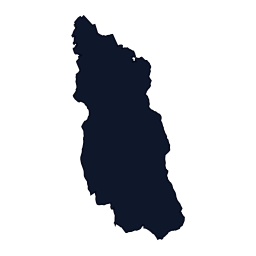 Eremitu, Mures, Romania (Equal Earth projection), rotated 94°
{"feature_id": "2599482B4577916371585", "entity_name": "Eremitu", "entity_type": "district", "adm_level": 2, "iso_a3": "ROU", "parent_name": "Romania", "parent_adm1": "Mures", "projection": "equal_earth", "projection_center": [24.922, 46.656], "detail": "fine", "context": "isolated", "style": "filled", "palette": "ink", "viewbox_px": 256, "rotation_deg": 94, "n_neighbors": 0, "source": "geoboundaries", "source_scale": "gbopen_adm2", "svg_char_len": 5774}
<svg xmlns="http://www.w3.org/2000/svg" viewBox="0 0 256 256"><g transform="rotate(94 128 128)"><path d="M89.0,181.8L91.0,181.5L92.1,181.7L93.3,182.2L93.7,181.8L94.6,182.0L96.2,182.7L99.4,184.6L99.8,184.5L99.9,184.1L100.4,184.2L100.8,184.1L101.6,183.1L101.9,183.1L102.4,182.8L102.5,182.6L103.0,182.0L104.5,180.0L105.0,179.4L105.1,178.4L104.5,178.0L104.5,176.9L104.4,176.1L105.0,175.5L105.0,174.5L105.6,173.9L105.7,173.3L106.0,172.9L107.7,171.8L109.0,170.1L111.1,169.4L111.6,168.6L113.2,167.7L115.8,167.3L116.5,167.4L117.2,167.3L117.9,167.1L119.4,168.0L122.5,168.7L124.1,170.3L124.5,171.4L126.5,172.6L129.8,174.0L130.5,173.7L133.8,171.6L136.8,171.3L139.3,170.8L140.6,171.3L142.8,171.3L143.6,171.0L145.9,170.9L150.8,171.4L152.3,171.9L154.1,171.7L155.8,171.8L160.4,172.8L162.5,172.7L166.4,171.7L172.8,168.9L174.7,168.4L178.7,168.0L179.5,167.7L181.3,166.6L184.0,164.5L186.8,164.1L189.0,163.2L190.6,163.3L191.7,163.1L194.1,161.1L194.6,160.8L196.9,160.3L193.8,156.4L193.8,155.9L194.7,156.0L197.6,155.1L198.2,154.8L201.1,154.9L203.2,154.4L205.0,153.8L206.0,153.2L206.3,152.3L206.2,150.7L205.8,148.7L206.0,146.9L205.9,146.1L204.8,144.3L204.7,143.6L204.3,142.1L204.0,141.3L203.9,140.2L203.9,139.9L206.4,139.2L206.9,139.2L207.7,139.5L209.0,139.1L209.4,138.8L209.7,138.6L209.8,138.4L209.7,138.2L209.7,137.8L208.9,136.8L213.3,135.6L216.3,134.3L217.9,134.4L221.7,134.2L222.4,134.3L223.6,134.8L223.7,134.6L224.5,134.1L225.2,133.9L224.1,133.5L224.2,133.4L224.1,132.7L224.8,131.6L225.8,129.6L226.7,128.5L226.9,127.8L226.9,127.4L227.0,127.1L227.2,126.8L227.7,126.6L232.1,122.8L232.2,122.5L232.0,121.6L231.7,121.3L231.3,120.7L231.1,120.1L230.7,117.4L228.8,113.7L229.2,112.8L229.0,111.9L227.8,109.5L227.2,109.0L227.1,108.7L225.8,108.1L223.5,106.4L224.1,105.2L226.4,104.9L226.3,104.0L226.9,102.0L227.8,100.4L228.5,98.8L228.9,98.7L229.2,98.0L231.1,95.8L231.3,95.4L231.7,94.1L233.2,93.0L234.7,91.7L236.6,90.6L236.3,90.3L236.4,90.1L236.4,89.7L236.2,89.5L235.4,89.4L235.2,89.3L235.2,88.9L235.8,88.5L235.8,88.3L235.6,87.8L236.3,87.0L236.2,86.6L236.0,86.3L235.6,86.0L235.1,85.7L234.2,85.5L233.8,85.2L233.2,84.1L233.0,83.9L232.4,83.5L231.4,82.5L230.9,82.2L230.4,81.5L230.1,81.4L229.3,81.3L228.6,80.3L228.1,79.7L226.9,77.7L226.8,77.1L226.7,76.9L226.7,75.7L226.3,75.2L226.2,74.5L226.3,73.5L224.5,69.9L222.6,69.3L221.4,67.4L216.5,65.8L213.2,65.8L212.0,67.2L210.9,67.9L210.4,68.5L208.5,69.3L208.1,70.4L204.5,68.8L203.5,69.4L202.3,70.2L200.4,71.1L199.5,71.8L198.9,72.5L198.2,73.0L196.8,74.2L194.9,75.0L193.6,75.6L191.2,76.1L189.4,76.7L188.0,77.6L185.3,79.4L182.2,80.4L181.3,80.9L180.0,81.8L179.5,82.6L178.7,83.4L176.4,85.2L174.7,85.5L174.1,85.9L173.3,86.4L172.2,86.3L171.8,86.2L171.0,86.2L170.2,85.7L168.8,85.5L168.0,85.6L167.6,86.6L166.9,86.9L166.5,87.7L162.9,88.8L160.1,88.6L156.5,89.5L152.2,89.4L151.1,88.4L148.6,86.1L147.1,85.1L144.6,85.5L142.6,85.5L141.9,85.6L141.3,86.1L140.1,86.7L139.5,86.8L139.1,87.1L138.2,87.2L137.2,87.6L136.0,88.8L135.3,89.3L134.4,89.1L134.0,89.1L132.7,89.7L130.3,91.3L129.6,91.5L126.6,92.9L125.2,93.0L124.7,93.3L124.1,93.8L123.3,94.0L120.9,94.8L120.0,95.3L118.5,96.2L118.0,96.3L116.5,95.9L116.1,95.9L115.3,95.9L114.7,96.0L113.5,96.6L112.4,97.6L112.2,97.9L112.1,98.5L111.5,99.7L110.3,101.4L110.1,101.9L110.0,103.2L109.8,103.7L109.0,104.4L108.6,105.9L108.4,106.3L106.8,108.2L105.3,109.1L104.8,109.1L103.9,109.0L102.7,108.6L101.4,109.0L101.5,109.3L101.4,109.4L100.7,109.2L100.1,109.3L98.1,109.6L97.5,110.0L96.8,110.7L96.6,110.8L96.4,110.6L96.0,110.7L95.3,111.0L94.1,112.3L93.5,113.2L93.1,113.4L92.4,113.2L91.5,112.7L89.9,112.4L87.2,110.7L86.2,109.8L84.3,108.8L83.0,109.2L81.6,109.2L79.2,108.4L77.6,109.7L76.6,110.4L75.4,111.1L74.4,111.0L73.3,110.6L71.2,110.3L70.0,109.9L69.6,110.0L67.7,110.6L67.0,110.3L66.2,109.9L65.6,109.9L64.9,110.0L64.0,110.5L63.3,111.1L62.5,111.3L62.1,111.5L61.6,112.1L60.4,113.4L59.6,114.0L59.6,114.4L59.8,115.0L59.5,115.9L59.2,116.4L56.9,119.0L56.7,119.4L57.1,120.2L57.8,120.0L58.0,122.0L58.1,122.7L58.1,123.3L57.6,124.7L58.0,125.0L59.1,125.2L61.1,124.8L61.2,126.8L61.7,127.8L59.9,128.3L59.6,128.2L59.4,128.7L58.6,129.3L58.3,129.4L58.0,129.3L56.5,128.6L56.3,128.1L56.4,127.0L56.5,126.5L56.7,126.1L56.5,125.8L55.7,125.9L55.7,126.1L55.5,126.4L54.6,126.4L54.5,126.6L54.2,126.8L53.5,126.7L53.0,127.3L52.5,127.3L52.5,127.5L52.2,127.7L51.6,127.7L51.2,127.9L51.2,128.2L51.3,128.6L51.2,128.9L50.7,129.5L50.4,130.4L50.0,131.1L49.8,131.5L49.9,131.9L49.0,133.2L48.9,133.6L48.5,133.9L48.3,134.3L48.6,134.8L48.6,137.1L49.2,138.4L49.0,138.8L48.8,139.1L48.7,139.3L48.8,139.6L46.2,139.6L45.9,140.6L46.3,142.2L47.3,143.9L41.7,147.0L36.0,150.0L36.3,151.5L36.8,152.3L37.2,153.1L37.2,153.9L37.5,155.2L38.3,156.4L38.3,157.1L38.1,157.3L37.8,158.6L37.9,159.2L38.3,159.9L38.3,160.3L37.6,161.2L37.4,162.1L36.2,164.3L35.6,165.5L35.0,165.4L27.3,168.4L28.2,170.7L28.3,170.7L19.4,180.0L21.7,181.8L20.4,183.4L21.9,185.2L26.2,188.3L26.6,188.2L27.5,187.4L28.8,188.5L28.9,188.2L28.8,187.8L29.0,187.7L29.8,188.0L30.0,188.0L30.4,187.8L30.9,187.3L31.1,186.7L31.3,186.5L31.7,186.8L32.3,187.0L33.2,187.4L34.2,188.1L35.7,188.7L36.3,188.9L38.5,189.4L39.0,189.7L39.3,190.0L39.8,190.2L40.8,189.3L40.5,189.0L40.2,187.5L40.5,187.3L41.6,187.3L42.3,187.6L43.0,187.5L45.6,187.5L46.1,187.7L46.5,188.2L47.6,188.2L47.8,188.1L48.0,187.5L47.0,186.8L46.8,186.6L46.8,186.4L46.9,185.9L47.6,184.8L48.0,185.0L48.9,184.6L49.0,184.6L49.7,185.7L49.8,185.7L50.0,185.3L50.2,185.2L50.4,185.2L51.1,186.4L51.7,186.5L52.0,186.7L52.5,187.6L52.5,187.9L53.0,187.9L56.6,186.4L57.0,186.1L57.6,185.2L57.2,184.2L57.3,183.3L57.7,182.8L57.7,182.5L58.0,181.4L58.3,181.2L58.6,180.0L60.2,182.0L62.3,181.5L62.9,181.8L65.1,183.7L66.2,183.4L72.7,180.1L74.2,179.7L75.0,180.3L76.1,180.7L78.2,183.1L79.4,182.9L80.5,183.1L81.6,183.0L81.9,182.5L82.0,182.5L85.3,182.9L89.0,181.8Z" fill="#0f172a" stroke="#020617" stroke-width="1.5"/></g></svg>